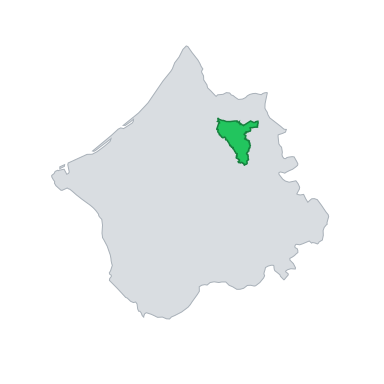 Guemon, Dix-Huit Montagnes, Ivory Coast shown in context, rotated 146°
{"feature_id": "98640826B22329502030217", "entity_name": "Guemon", "entity_type": "district", "adm_level": 2, "iso_a3": "CIV", "parent_name": "Ivory Coast", "parent_adm1": "Dix-Huit Montagnes", "projection": "albers", "projection_center": [-7.319, 7.029], "detail": "fine", "context": "in_parent", "style": "filled", "palette": "green", "viewbox_px": 384, "rotation_deg": 146, "n_neighbors": 0, "source": "geoboundaries", "source_scale": "gbopen_adm2", "svg_char_len": 8563}
<svg xmlns="http://www.w3.org/2000/svg" viewBox="0 0 384 384"><g transform="rotate(146 192 192)"><path d="M98.1,89.6L99.2,89.6L102.2,88.7L104.9,86.7L107.4,82.6L110.8,79.3L114.6,79.5L115.7,78.9L117.1,78.8L118.6,81.0L120.3,82.7L121.4,82.7L122.2,85.8L129.2,87.2L132.2,88.0L134.7,90.3L135.6,90.4L136.6,89.9L137.4,89.1L137.6,88.2L136.5,86.1L137.0,84.3L138.1,82.6L139.9,82.5L142.6,82.0L145.7,82.0L148.0,82.3L148.9,80.7L148.0,76.0L148.3,73.4L148.6,71.2L149.5,70.4L152.9,73.1L156.1,74.1L158.3,74.1L159.0,73.6L158.0,70.6L158.3,69.8L159.1,69.2L160.6,68.9L164.6,67.7L165.0,67.9L165.8,72.6L165.4,74.2L166.3,77.3L167.3,80.3L167.2,81.5L166.4,83.3L165.4,85.0L165.5,85.7L167.1,86.9L170.2,88.0L173.3,88.3L175.1,86.6L176.9,85.2L178.2,83.9L178.6,82.0L180.7,80.7L186.4,79.0L191.7,78.7L193.0,79.2L195.4,81.8L198.4,83.6L203.0,83.3L206.4,84.4L209.3,86.3L211.3,90.7L213.4,93.9L214.3,98.5L217.7,100.8L220.3,101.9L223.9,105.2L227.6,106.8L231.5,106.4L233.3,108.1L236.1,109.3L239.0,109.4L241.4,105.6L244.7,104.1L253.1,101.0L256.4,99.6L259.7,98.7L267.8,98.3L275.3,99.2L279.0,99.9L281.6,99.3L284.0,101.1L286.5,104.9L288.6,106.1L290.7,107.4L292.3,110.3L294.1,113.3L295.1,114.6L297.4,117.5L299.3,117.5L301.2,116.2L302.0,115.3L302.4,117.2L301.7,120.4L301.9,122.3L302.9,123.0L302.4,125.5L300.2,129.8L300.2,132.3L302.4,133.1L304.0,135.7L305.0,140.3L306.0,141.8L306.1,142.7L307.8,153.8L309.9,164.9L308.6,166.3L306.9,166.8L305.8,167.3L305.5,168.3L306.2,169.8L305.8,171.2L303.6,172.2L299.0,175.8L298.7,177.2L297.5,180.2L296.5,182.0L295.0,185.4L292.6,194.5L291.8,201.9L291.7,204.2L290.8,205.8L289.7,208.1L284.7,214.6L282.1,219.8L282.5,222.1L282.6,224.3L281.9,226.0L282.1,230.4L282.7,234.1L283.7,237.7L287.4,247.9L289.4,254.1L290.7,259.1L291.7,262.5L292.7,263.8L293.2,265.1L298.7,266.0L299.7,266.8L301.3,273.3L301.1,276.2L300.0,277.4L300.1,279.9L299.8,283.0L299.0,284.2L296.0,284.4L293.9,285.6L291.1,285.1L290.9,284.4L289.4,284.1L285.3,282.4L285.9,276.7L284.0,276.5L282.6,277.2L279.7,284.1L278.4,285.3L258.0,281.9L253.6,279.1L248.3,278.5L239.1,278.9L231.5,279.8L229.3,281.5L248.5,280.4L250.6,280.6L251.5,281.6L227.3,284.0L218.0,285.4L215.3,285.0L213.2,282.8L203.1,282.6L201.1,283.4L199.8,285.0L203.8,284.6L210.0,284.5L211.7,285.7L192.2,287.4L178.6,290.5L172.8,292.8L153.9,300.3L142.4,303.8L139.4,305.1L134.1,308.8L127.3,311.1L119.8,315.3L115.1,316.3L114.1,314.9L114.0,307.7L113.3,298.0L113.6,294.3L114.2,290.8L114.2,287.9L116.5,286.8L117.1,285.6L117.5,281.8L119.6,278.4L119.7,272.4L120.3,271.1L120.8,269.5L119.9,265.6L118.7,258.2L118.1,257.7L117.6,258.0L116.4,258.2L111.6,255.6L108.0,255.2L105.4,253.0L105.2,250.5L104.0,249.0L103.1,246.1L101.8,242.8L98.2,240.8L94.8,240.3L92.4,240.8L89.6,240.6L86.4,239.5L84.1,238.2L82.0,235.8L80.1,233.9L78.5,234.1L76.6,233.7L74.7,232.8L74.1,232.1L82.0,224.4L84.7,220.7L85.0,218.4L85.0,216.1L85.8,213.7L86.1,210.0L81.8,196.9L80.7,192.8L79.5,191.6L78.8,191.1L81.0,189.4L84.0,189.9L88.6,191.2L89.6,189.9L93.1,183.3L93.1,180.8L92.7,179.1L94.8,174.5L96.4,172.8L97.2,170.9L97.0,168.3L95.8,167.3L94.1,167.5L92.2,166.8L89.2,165.3L87.7,164.0L88.2,158.0L88.5,156.1L89.5,155.1L91.2,154.8L95.8,154.6L99.5,155.3L102.7,155.7L104.5,155.7L105.9,157.5L107.7,159.3L109.4,159.3L110.0,157.9L109.6,152.0L108.5,148.9L106.0,145.8L99.6,143.2L99.4,139.6L100.1,135.7L101.5,134.3L106.2,131.8L105.4,130.4L103.9,129.0L100.8,127.6L101.5,122.9L101.7,118.7L99.1,119.2L96.5,119.4L94.3,118.1L92.4,115.6L92.1,108.6L92.1,100.5L91.8,97.0L92.5,95.1L94.7,93.3L97.2,91.1L98.1,89.6ZM288.5,285.3L287.5,286.8L282.3,285.9L283.5,284.6L288.5,285.3Z" fill="#d9dde1" stroke="#a8b0b8" stroke-width="1"/><path d="M129.4,239.1L129.4,238.5L129.5,238.3L129.5,238.1L129.7,237.7L129.7,237.4L130.0,237.4L130.2,236.9L130.3,236.6L131.4,236.2L130.8,235.6L130.5,235.5L130.4,235.2L130.2,235.1L130.3,234.9L130.2,234.6L130.3,234.4L130.5,233.9L131.3,234.1L136.3,230.3L136.4,230.1L136.4,229.9L135.8,229.7L135.6,229.6L135.5,229.4L135.5,229.0L135.6,228.9L136.0,228.5L136.4,228.2L136.8,227.7L136.9,227.4L137.0,226.5L136.9,226.1L136.7,225.7L136.7,225.2L137.0,224.9L137.3,224.3L137.3,224.2L137.1,224.0L136.7,223.8L136.7,223.7L136.9,223.4L137.0,222.7L136.8,222.4L136.6,222.0L136.4,221.8L136.6,221.3L136.7,221.0L136.5,220.8L136.5,220.5L136.2,220.0L136.2,219.8L136.1,219.7L135.2,219.4L135.1,219.5L134.8,219.5L134.1,219.2L134.0,218.1L133.9,217.8L134.0,217.6L134.1,217.4L134.6,217.2L134.7,216.9L134.7,216.6L134.8,216.5L134.8,216.3L134.7,216.1L134.4,216.0L134.0,215.5L133.8,214.9L133.9,214.6L134.1,214.2L134.1,213.9L134.1,213.2L133.9,212.8L133.9,212.5L134.0,212.3L134.1,211.9L134.1,211.1L134.3,210.7L134.3,210.3L134.4,210.2L134.6,209.4L134.6,209.2L134.3,209.1L134.3,208.9L134.3,208.7L134.2,208.7L134.0,208.8L134.0,208.7L134.0,208.3L133.9,207.7L134.0,207.4L134.2,207.1L133.8,206.5L133.4,206.4L133.2,206.2L132.9,205.8L133.0,205.6L133.4,205.4L133.6,205.4L133.8,205.4L133.9,205.1L133.8,204.9L133.6,204.4L133.5,203.9L133.7,203.1L133.6,202.6L133.8,202.2L133.8,201.8L133.8,201.6L133.7,201.3L133.6,201.0L134.0,200.2L134.0,199.9L133.5,198.9L133.1,198.6L133.1,198.4L133.3,198.1L133.9,198.0L134.2,197.5L134.6,197.4L134.6,197.2L134.4,196.7L134.5,196.5L135.6,196.4L135.8,196.1L136.2,195.6L136.2,195.2L135.8,194.8L135.4,194.4L135.3,194.0L135.2,193.7L135.4,193.2L135.2,192.8L135.0,192.7L134.7,192.3L134.7,192.0L134.8,191.8L135.1,191.6L135.3,191.4L135.6,191.3L136.1,191.3L136.5,191.4L136.8,191.4L136.9,191.0L136.8,190.7L136.8,190.2L136.7,190.1L136.2,190.0L136.2,189.8L135.6,189.0L135.3,188.9L135.0,189.1L134.7,189.2L134.4,188.6L134.2,188.5L133.9,188.3L133.7,187.9L133.8,187.4L133.6,187.1L133.2,186.3L133.2,186.1L133.5,185.8L133.6,185.6L133.6,185.2L133.4,184.9L133.1,185.0L132.9,185.0L132.5,185.1L132.0,184.8L131.8,184.8L131.5,184.7L131.3,184.7L130.6,184.7L130.4,184.8L130.2,185.2L129.8,185.7L129.7,185.9L129.6,186.1L129.5,186.6L129.0,187.1L128.6,187.1L128.1,187.2L127.4,187.1L127.2,187.5L126.8,187.6L126.7,188.6L126.4,188.9L126.1,189.5L125.5,190.1L125.4,190.3L125.5,190.4L125.4,190.6L125.2,191.1L125.0,191.3L125.2,191.6L125.0,191.8L125.2,192.1L125.3,192.4L125.3,192.7L125.4,192.8L125.4,193.2L125.1,193.4L124.9,193.4L124.9,193.6L124.6,193.8L124.4,193.9L124.2,193.8L123.6,194.0L123.3,194.0L123.1,194.0L122.9,194.4L122.5,194.5L122.4,194.5L122.2,194.5L121.9,194.6L121.7,194.9L121.7,195.1L121.6,195.3L121.4,195.3L121.2,195.5L121.2,195.4L121.0,195.7L120.6,195.9L120.4,195.8L120.0,195.9L119.8,196.2L119.7,196.3L119.7,196.5L119.4,196.5L119.0,196.6L118.7,196.9L118.6,197.1L118.4,197.5L118.0,197.9L117.8,197.9L117.6,198.0L117.5,199.0L117.6,199.5L117.3,200.0L117.2,200.1L116.9,199.9L116.7,200.2L116.8,200.6L116.7,201.0L116.4,201.6L116.3,202.1L116.0,202.3L116.1,202.6L116.3,202.5L116.2,202.7L116.4,203.0L116.4,203.3L116.5,203.4L116.7,203.5L116.8,203.5L117.0,203.4L117.1,203.5L117.1,203.9L117.1,204.0L117.2,204.3L117.4,204.5L117.5,205.0L117.4,205.2L117.6,205.5L117.8,205.4L117.8,205.6L118.0,205.8L117.9,205.8L118.0,205.9L117.9,206.0L118.3,206.3L118.1,206.6L117.9,206.4L117.7,206.4L117.6,206.5L117.8,206.6L117.7,206.7L117.5,206.8L117.4,207.0L117.6,207.1L117.3,207.2L117.2,207.5L116.9,207.7L116.8,207.9L116.6,208.0L116.3,208.4L116.1,208.4L116.1,208.6L115.9,208.6L115.9,208.9L116.5,210.0L116.6,210.6L116.4,210.8L114.4,210.9L114.0,210.8L113.9,210.8L114.0,211.0L114.0,211.3L114.0,211.2L113.9,211.3L113.5,211.6L113.4,211.4L113.6,211.4L113.3,211.1L112.9,211.0L112.7,211.2L112.3,210.9L112.1,210.9L111.5,210.5L111.5,210.4L111.3,210.3L111.0,210.4L110.8,210.4L110.5,210.4L110.4,210.3L110.1,210.1L109.9,210.0L109.7,209.9L109.5,210.0L109.2,210.1L108.9,210.6L108.8,210.8L108.6,210.9L108.4,211.1L108.1,212.4L108.1,212.7L107.4,212.6L106.1,211.6L104.5,211.0L102.8,210.1L101.9,209.4L101.4,209.2L101.0,210.0L100.8,210.1L100.6,210.2L100.4,210.4L100.5,210.6L100.3,210.7L100.0,211.2L99.7,211.3L99.7,211.5L99.2,211.7L99.1,211.8L98.9,211.9L98.7,212.3L98.3,212.7L98.3,212.9L98.1,213.1L98.1,213.3L98.0,213.5L97.8,213.8L98.5,214.2L99.4,214.4L99.7,214.6L99.9,214.6L100.0,214.6L100.2,214.3L101.0,214.4L101.6,215.0L102.0,215.1L102.3,215.4L102.3,215.6L103.7,218.1L111.8,218.3L111.6,218.6L111.8,218.7L112.0,218.6L112.3,218.9L112.7,219.1L112.8,219.3L112.8,219.5L113.0,220.7L113.1,220.8L113.1,220.6L113.5,220.7L113.6,220.8L113.6,221.2L113.8,221.1L113.9,220.9L114.0,220.9L114.3,221.0L114.1,221.7L114.1,221.9L113.9,222.1L113.7,222.6L113.8,222.8L113.8,223.1L114.0,223.1L114.1,223.4L114.0,223.5L114.4,223.4L114.6,223.4L114.6,223.5L114.6,224.0L114.8,224.5L114.6,224.6L114.6,224.8L115.1,224.9L115.4,225.1L115.2,225.3L115.2,225.7L115.1,225.8L116.8,226.9L120.9,229.0L124.1,231.2L126.0,233.8L126.6,234.1L127.7,235.3L128.0,235.9L128.6,236.5L129.4,239.1Z" fill="#22c55e" stroke="#15803d" stroke-width="1.5"/></g></svg>